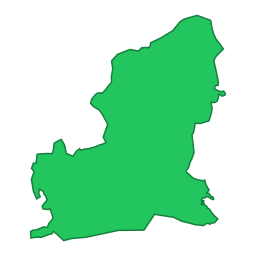 Kiri Kasama, Jigawa, Nigeria
{"feature_id": "59680162B41078826165134", "entity_name": "Kiri Kasama", "entity_type": "district", "adm_level": 2, "iso_a3": "NGA", "parent_name": "Nigeria", "parent_adm1": "Jigawa", "projection": "albers", "projection_center": [10.22, 12.6], "detail": "fine", "context": "isolated", "style": "filled", "palette": "green", "viewbox_px": 256, "rotation_deg": 0, "n_neighbors": 0, "source": "geoboundaries", "source_scale": "gbopen_adm2", "svg_char_len": 3768}
<svg xmlns="http://www.w3.org/2000/svg" viewBox="0 0 256 256"><path d="M112.7,69.1L112.1,72.5L111.2,77.8L111.7,80.4L110.9,83.5L109.2,84.8L105.4,89.8L102.8,92.8L97.4,93.1L95.2,94.8L91.7,99.2L90.5,103.4L93.7,106.7L99.0,109.9L102.1,113.9L107.7,124.3L104.4,133.7L103.3,137.2L104.6,139.8L105.3,141.1L105.9,142.8L103.6,143.7L101.5,144.4L99.2,145.1L95.0,146.9L88.9,148.6L83.7,149.3L80.8,150.3L79.6,148.7L76.7,150.9L75.3,152.6L73.0,156.3L66.3,153.4L64.5,144.9L61.3,139.5L58.9,140.5L54.3,143.1L53.2,150.8L52.0,153.7L46.5,153.5L37.1,154.2L36.8,157.2L36.0,163.2L35.7,163.4L34.8,163.4L33.5,163.0L31.5,168.4L34.1,171.7L31.4,179.4L33.5,191.5L36.7,198.8L40.2,196.7L38.9,194.1L38.8,191.4L39.3,190.6L39.5,189.8L39.5,189.3L40.2,189.3L40.5,189.5L40.8,189.7L41.0,189.9L41.1,190.2L41.3,190.2L41.4,190.3L41.6,190.5L42.2,190.8L42.9,191.1L43.3,191.6L43.5,192.2L43.7,193.0L43.9,193.6L44.0,194.1L44.3,194.4L45.8,196.3L47.1,200.0L44.8,202.7L42.8,205.3L42.2,206.0L42.3,206.9L42.6,207.3L43.0,208.9L44.2,209.0L45.7,209.3L46.8,209.3L48.1,209.6L50.0,208.5L50.3,209.4L52.2,215.0L52.4,216.0L52.7,216.7L52.8,217.7L52.6,218.7L51.9,219.7L51.3,220.5L50.6,221.3L49.4,222.8L48.7,223.8L48.4,224.6L48.2,225.1L48.0,225.7L47.9,226.1L47.5,226.9L47.1,227.3L46.8,227.4L45.9,227.3L45.5,227.2L45.1,227.0L44.6,226.9L44.2,226.9L43.8,226.9L43.2,227.1L42.5,227.4L41.7,227.6L41.1,227.8L40.4,228.2L39.3,228.7L38.5,229.0L38.2,229.3L37.8,229.3L37.5,229.3L37.1,229.5L36.1,229.9L35.5,230.0L34.9,230.0L34.5,230.0L34.0,230.1L33.5,230.1L32.0,230.7L31.7,231.0L30.9,231.4L30.7,231.4L30.9,238.0L35.9,237.2L41.8,237.2L47.6,234.9L50.1,234.2L51.8,233.9L53.3,231.5L54.1,231.8L55.2,232.7L55.8,233.3L56.6,233.8L57.5,234.8L57.8,235.0L63.7,240.6L71.7,238.5L85.7,237.3L108.4,232.5L118.2,230.4L134.7,230.2L144.0,230.1L154.6,214.3L172.0,217.1L172.6,216.9L181.5,221.1L183.6,221.7L184.6,221.9L193.6,224.2L195.3,224.7L200.4,225.2L203.4,225.6L206.5,223.5L208.6,223.4L209.8,224.3L211.2,223.2L214.6,222.7L217.2,219.7L217.8,218.9L214.1,215.5L212.2,213.4L211.0,211.5L209.9,209.8L209.7,209.4L208.6,208.5L207.5,208.3L207.1,206.6L204.8,205.3L204.7,204.1L203.9,203.5L203.2,203.8L202.5,204.7L201.9,204.9L201.2,204.3L201.5,203.5L202.2,203.5L202.5,203.1L203.0,202.8L203.4,202.3L203.9,201.5L203.7,200.6L203.4,200.5L202.8,200.6L202.4,201.1L201.7,201.6L201.5,200.5L201.6,199.5L202.1,198.8L202.8,198.1L203.4,197.7L204.1,198.0L204.8,198.0L205.4,197.7L205.4,197.1L206.0,196.6L207.0,196.5L207.8,196.9L208.5,197.4L209.4,197.5L210.1,198.0L211.0,198.7L211.8,199.2L212.7,199.6L213.6,199.4L213.6,198.5L213.0,197.0L212.1,196.7L211.1,196.3L208.9,193.4L206.5,193.1L209.1,190.2L208.2,188.7L205.9,184.6L204.8,180.2L204.3,180.5L203.5,180.8L197.4,179.7L193.3,178.2L191.4,176.6L188.9,174.1L187.8,173.3L186.7,172.5L186.2,171.9L186.1,171.2L186.5,170.3L187.2,169.5L188.0,168.4L188.7,167.1L190.2,161.8L191.5,159.6L193.2,155.1L194.0,152.4L192.0,135.1L193.7,131.9L195.2,123.3L200.1,123.5L204.2,122.3L208.9,120.9L210.9,114.6L211.6,112.0L212.1,107.8L211.2,104.3L211.4,102.0L213.0,102.5L214.2,102.6L215.5,102.2L216.7,101.6L217.4,100.1L218.2,98.3L218.5,96.9L218.6,95.3L218.6,94.4L219.4,94.3L220.9,95.3L222.1,96.1L223.1,95.9L224.1,95.5L225.2,94.7L225.3,93.6L224.3,91.7L223.4,91.1L222.1,91.4L220.8,91.6L218.9,91.0L217.1,90.3L215.6,89.4L214.5,88.4L214.8,87.1L215.6,86.1L216.5,85.4L218.0,85.3L218.3,82.4L218.1,81.4L218.0,80.3L215.7,69.1L213.8,60.9L215.2,57.7L216.4,56.0L219.7,52.6L223.4,48.9L215.9,38.8L213.8,34.5L212.1,28.8L210.7,20.4L197.1,15.4L184.0,19.1L180.2,21.6L172.8,30.6L161.1,37.8L156.1,40.2L150.6,42.8L150.3,46.1L149.9,46.5L149.1,47.2L148.6,47.3L148.3,47.3L148.1,47.8L148.0,48.0L146.8,47.6L145.0,47.4L144.3,47.5L143.7,47.6L143.2,47.8L142.7,47.9L142.4,47.9L142.0,47.6L138.2,51.0L130.0,49.5L117.6,54.3L111.6,60.8L112.7,69.1Z" fill="#22c55e" stroke="#15803d" stroke-width="1.5"/></svg>